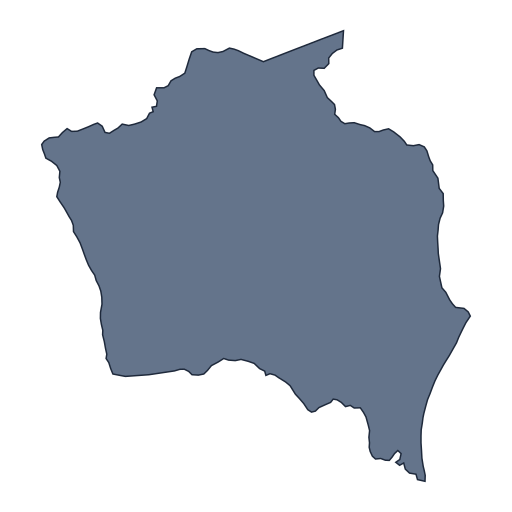 outline of Presidente Kennedy, Espírito Santo, Brazil
{"feature_id": "56859067B59803678983356", "entity_name": "Presidente Kennedy", "entity_type": "district", "adm_level": 2, "iso_a3": "BRA", "parent_name": "Brazil", "parent_adm1": "Espírito Santo", "projection": "mercator", "projection_center": [-41.068, -21.151], "detail": "fine", "context": "isolated", "style": "filled", "palette": "slate", "viewbox_px": 512, "rotation_deg": 0, "n_neighbors": 0, "source": "geoboundaries", "source_scale": "gbopen_adm2", "svg_char_len": 3147}
<svg xmlns="http://www.w3.org/2000/svg" viewBox="0 0 512 512"><path d="M97.6,123.0L93.7,124.4L88.6,126.7L83.4,128.8L77.3,131.2L71.6,131.4L67.1,128.6L62.4,132.6L58.4,137.0L54.4,137.3L49.2,137.9L44.2,141.1L41.7,144.5L42.7,149.5L44.4,153.8L45.9,158.2L51.4,161.2L56.8,165.5L59.9,171.3L59.3,177.6L60.3,182.3L59.3,187.1L57.6,192.3L56.8,196.7L60.4,202.3L64.1,207.7L67.0,212.8L69.1,216.6L71.5,220.4L73.3,225.3L73.5,231.6L76.8,236.8L80.1,242.9L82.5,249.3L84.3,254.4L86.3,259.8L88.6,265.3L91.6,270.6L94.7,275.1L96.2,280.5L99.0,285.9L100.8,291.1L101.8,297.2L102.0,304.2L100.5,312.4L100.4,318.5L101.4,324.4L102.8,330.3L102.6,334.7L104.3,341.5L105.5,348.3L106.8,354.2L106.1,358.5L108.8,362.6L110.7,368.6L112.9,374.0L120.0,375.4L125.4,376.4L149.0,374.7L174.5,370.9L179.9,369.3L184.3,369.2L188.7,371.4L192.0,374.7L198.4,375.1L203.8,374.0L207.5,370.4L211.4,365.6L218.2,362.0L223.7,358.5L228.6,360.1L235.3,360.6L241.0,359.4L248.2,361.3L254.2,363.4L259.6,368.6L264.7,371.1L265.9,375.4L270.0,373.7L275.0,375.1L278.7,377.7L285.5,381.9L290.1,385.7L295.4,394.2L299.3,398.4L303.7,403.5L307.8,409.7L311.5,412.1L315.4,411.1L318.9,407.6L325.5,404.6L330.6,402.4L333.2,399.1L337.1,399.8L341.3,402.4L345.5,406.6L350.3,405.4L354.2,408.0L360.3,407.8L363.5,412.4L366.0,417.0L368.2,424.9L369.6,430.6L368.9,437.3L369.5,442.8L369.2,447.3L370.2,451.5L372.4,456.2L375.5,459.0L380.7,458.5L385.3,460.2L389.3,460.4L392.1,457.1L394.5,453.6L397.8,450.5L401.1,453.6L399.8,459.5L395.8,462.3L399.6,465.3L403.7,463.0L405.3,469.1L409.5,473.1L416.0,474.2L417.5,479.6L425.0,481.3L425.2,475.4L424.3,470.9L423.2,466.3L421.9,458.1L421.5,450.5L421.0,443.0L421.0,436.0L421.2,429.8L422.3,423.0L423.0,417.5L423.9,413.2L425.8,405.9L427.6,399.5L430.0,393.7L432.6,386.7L435.0,380.8L437.9,374.9L440.7,369.9L443.4,365.0L446.1,360.6L449.2,355.7L452.8,349.3L456.5,342.8L458.7,337.3L460.8,332.9L463.0,328.4L465.9,322.7L470.3,316.1L468.2,311.9L464.0,308.4L455.6,307.4L452.4,303.8L449.7,299.9L445.8,292.3L441.9,287.8L439.4,276.4L440.5,268.7L438.3,253.5L438.1,249.1L437.7,242.5L437.4,236.1L438.1,230.0L438.5,224.6L440.1,218.2L442.6,212.8L443.7,206.1L443.3,200.4L443.2,193.6L439.2,188.4L437.9,178.2L432.8,170.6L432.7,164.9L430.2,160.8L428.7,156.8L426.9,150.9L424.3,146.9L419.1,144.6L413.4,145.7L406.8,145.0L404.3,141.3L400.2,137.0L393.7,131.9L388.6,128.8L383.3,130.0L379.0,131.6L374.6,131.6L369.8,127.9L364.6,125.6L360.1,124.6L354.2,122.7L349.2,123.0L344.8,123.7L340.9,121.3L338.5,117.8L334.7,114.3L335.4,109.3L334.5,104.5L331.6,101.6L327.3,97.6L324.2,90.6L319.4,84.9L316.8,80.3L313.9,75.3L313.9,70.4L318.3,68.0L324.2,68.3L328.8,63.6L328.7,58.0L332.3,53.5L336.9,50.0L342.4,48.2L343.5,30.7L321.8,39.0L284.1,53.6L268.7,59.6L263.4,61.7L243.7,53.3L238.4,50.7L234.0,49.1L229.4,48.1L223.0,51.5L218.0,52.6L213.2,52.1L208.8,50.5L204.8,48.6L196.8,48.8L191.7,51.8L189.2,59.1L186.9,66.7L184.8,73.2L179.7,76.5L175.2,78.2L171.0,80.8L168.2,85.7L164.0,87.8L156.6,87.8L154.1,94.8L157.3,100.9L156.5,106.3L152.0,107.2L153.2,111.7L149.5,113.2L146.7,118.6L141.1,122.0L134.6,124.1L128.7,125.5L122.2,124.1L117.9,128.1L114.1,130.3L109.4,133.3L105.0,132.4L102.2,126.2L97.6,123.0Z" fill="#64748b" stroke="#1e293b" stroke-width="1.5"/></svg>